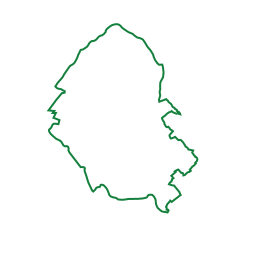 Chbar Mon, Kâmpóng Spœ, Cambodia (Mercator projection), rotated 51°
{"feature_id": "14789045B86938515353279", "entity_name": "Chbar Mon", "entity_type": "district", "adm_level": 2, "iso_a3": "KHM", "parent_name": "Cambodia", "parent_adm1": "Kâmpóng Spœ", "projection": "mercator", "projection_center": [104.521, 11.473], "detail": "fine", "context": "isolated", "style": "outline", "palette": "green", "viewbox_px": 256, "rotation_deg": 51, "n_neighbors": 0, "source": "geoboundaries", "source_scale": "gbopen_adm2", "svg_char_len": 4306}
<svg xmlns="http://www.w3.org/2000/svg" viewBox="0 0 256 256"><g transform="rotate(51 128 128)"><path d="M76.8,61.7L71.9,61.0L68.9,60.8L67.4,61.2L65.3,62.4L63.8,63.7L60.7,64.7L57.6,65.2L55.2,66.6L53.7,67.3L52.0,67.9L49.0,68.8L46.2,69.5L43.9,69.5L42.4,69.9L41.2,70.5L39.9,71.8L39.2,73.0L38.1,75.3L37.7,78.2L37.8,82.4L38.5,84.2L39.3,84.9L39.5,86.1L39.8,87.6L39.7,89.7L38.9,91.5L38.7,92.8L38.7,93.7L39.3,97.1L39.1,99.0L38.4,100.5L37.7,101.3L37.5,103.0L37.6,104.3L38.1,105.6L39.0,108.2L39.0,109.4L38.7,113.5L38.0,114.6L37.6,115.6L38.0,116.8L38.9,118.4L39.8,120.6L41.3,123.0L42.6,125.7L43.6,128.5L43.8,130.5L43.6,131.8L43.3,134.2L45.3,141.2L46.3,144.4L47.2,146.3L47.9,149.7L48.2,151.7L48.6,153.7L48.9,155.0L49.5,156.8L50.0,158.3L51.9,158.2L53.3,157.6L54.1,157.0L55.7,155.6L57.9,154.8L59.5,154.0L60.6,154.9L60.2,155.9L59.4,157.3L59.7,159.4L61.0,166.0L64.3,178.7L68.4,174.6L69.0,177.0L70.9,174.6L73.2,179.5L78.7,176.3L81.2,179.7L78.7,182.0L77.9,183.4L78.0,184.4L78.3,185.3L79.3,187.3L79.6,188.8L79.6,190.2L80.1,191.0L81.8,191.6L83.7,191.8L86.9,191.4L91.2,190.6L95.0,188.8L96.3,188.5L101.1,189.1L102.8,188.3L103.4,187.1L104.9,186.4L106.6,187.0L107.9,188.4L110.2,188.9L128.6,189.4L129.3,188.4L130.9,186.9L132.1,186.8L133.0,187.9L134.0,188.7L135.6,189.3L138.4,190.3L145.3,193.1L153.1,195.0L154.7,195.2L155.5,195.0L155.2,192.1L154.6,190.5L154.7,189.4L155.6,187.8L156.0,186.6L155.0,185.0L155.7,183.9L157.0,183.0L157.9,182.9L159.6,182.7L161.5,182.7L162.6,182.9L164.7,183.4L168.1,184.6L169.9,184.6L171.0,184.1L172.5,183.2L174.8,181.3L177.4,180.6L178.6,179.3L179.6,178.3L180.4,177.3L181.8,175.2L183.3,172.5L184.3,171.2L185.8,169.3L186.6,168.3L187.7,166.8L189.4,164.8L190.0,163.8L191.5,161.7L192.8,159.4L193.6,157.6L193.7,156.7L193.1,155.2L193.0,154.1L194.2,152.2L195.4,151.2L197.6,151.0L200.2,151.4L201.6,152.0L203.3,153.2L205.1,154.2L207.1,154.9L208.9,155.2L211.5,154.8L213.3,154.4L214.4,154.0L218.5,150.4L218.1,149.5L217.8,148.5L216.9,148.2L216.3,148.7L215.8,149.4L215.1,148.7L214.3,148.2L213.5,148.2L212.9,147.7L212.8,146.8L212.3,146.1L211.8,145.1L211.8,144.2L211.6,143.3L211.3,141.8L211.0,140.9L212.9,140.6L213.0,136.9L213.0,135.1L213.1,133.8L213.1,131.3L213.1,130.0L213.2,129.2L211.4,128.9L210.4,128.4L209.6,128.4L201.7,128.4L200.9,129.3L200.1,129.9L197.5,131.6L197.1,130.8L196.8,129.8L196.8,128.8L197.0,128.0L196.4,127.4L196.2,126.6L195.5,126.1L195.6,125.3L195.6,124.2L192.4,124.4L192.3,122.5L192.3,121.0L192.2,119.8L192.2,118.7L191.1,118.9L191.2,118.0L191.4,117.0L191.6,116.1L191.9,115.1L193.1,115.0L193.9,115.0L194.9,114.9L196.4,114.9L197.0,114.1L197.9,113.8L199.0,114.3L199.7,114.8L200.1,114.0L200.3,113.1L200.1,111.4L200.0,109.9L200.2,108.9L200.7,108.1L200.8,106.2L199.4,106.3L199.1,105.3L199.0,104.4L198.8,103.5L198.5,102.6L198.6,101.5L198.7,100.4L198.6,99.5L198.2,98.7L198.2,97.6L197.4,97.6L197.1,96.3L197.1,95.5L196.5,94.5L195.9,93.8L195.0,93.3L193.7,93.3L193.0,93.9L192.2,93.6L191.3,93.8L190.4,93.9L189.6,93.6L188.6,93.7L187.5,93.6L186.5,91.5L184.1,93.4L182.7,94.6L181.9,94.3L181.0,94.3L180.2,94.4L179.3,94.7L178.5,95.0L177.8,94.6L176.8,94.5L175.9,94.5L175.0,94.3L173.9,94.3L173.0,94.2L171.9,94.4L170.9,94.4L170.1,94.9L169.2,96.3L168.1,96.7L167.3,96.7L166.2,96.8L165.3,96.9L164.5,97.0L164.2,98.7L163.8,99.5L163.6,100.4L163.1,101.3L162.2,101.3L160.9,100.9L160.1,100.6L159.6,99.9L159.4,98.9L159.2,97.6L159.0,96.4L158.8,95.1L157.6,95.3L156.5,95.8L155.1,96.0L154.3,95.8L153.4,95.8L152.3,96.0L152.1,97.0L151.4,97.4L150.5,97.6L149.7,97.4L148.7,97.3L147.9,97.2L147.0,96.6L146.1,96.2L145.2,96.2L144.3,96.1L143.2,95.9L142.4,95.7L141.6,95.3L141.6,94.5L141.6,93.5L141.6,92.6L141.7,91.7L141.6,90.3L141.5,89.0L141.4,88.2L141.6,87.1L141.7,86.1L142.0,85.1L142.4,84.4L142.3,83.5L143.4,83.2L144.3,83.1L145.3,82.5L146.6,81.8L147.4,81.3L147.7,80.4L148.5,79.8L150.2,78.8L149.3,78.4L148.4,78.5L147.4,78.4L146.6,78.9L145.4,79.3L144.8,78.7L143.5,79.0L142.7,79.5L141.4,79.2L140.7,79.7L139.8,80.0L138.9,79.9L138.1,79.6L137.2,79.6L136.2,79.4L135.2,79.7L134.2,79.9L133.1,80.1L131.9,79.8L131.1,80.1L129.6,80.2L127.3,87.1L125.6,86.2L123.1,82.6L120.5,81.1L119.6,80.4L118.6,79.1L117.8,78.2L116.7,77.5L115.6,76.6L114.4,75.6L112.8,74.0L111.6,71.3L110.6,68.8L107.2,65.4L102.8,62.6L100.3,61.5L98.3,64.1L96.1,64.4L92.3,64.2L89.1,63.3L86.7,62.3L83.3,61.8L81.0,61.6L79.4,61.7L76.8,61.7Z" fill="none" stroke="#15803d" stroke-width="2"/></g></svg>